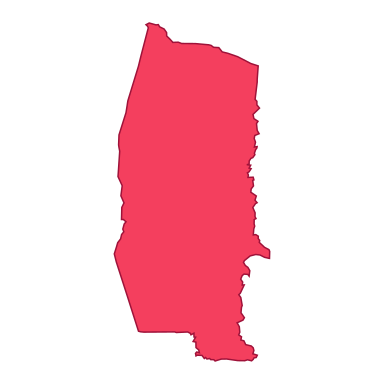 Lares, Puerto Rico
{"feature_id": "32010507B37684321987765", "entity_name": "Lares", "entity_type": "district", "adm_level": 2, "iso_a3": "PRI", "parent_name": "Puerto Rico", "parent_adm1": "", "projection": "orthographic", "projection_center": [-66.852, 18.269], "detail": "fine", "context": "isolated", "style": "filled", "palette": "rose", "viewbox_px": 384, "rotation_deg": 0, "n_neighbors": 0, "source": "geoboundaries", "source_scale": "gbopen_adm2", "svg_char_len": 2452}
<svg xmlns="http://www.w3.org/2000/svg" viewBox="0 0 384 384"><path d="M255.1,99.4L257.2,82.0L257.2,79.5L258.2,65.9L250.8,63.5L237.7,56.7L227.9,53.3L222.2,51.9L218.8,47.6L213.6,47.3L211.1,45.4L208.7,44.8L195.4,43.6L181.6,43.5L178.3,42.2L172.7,42.4L172.6,42.1L170.0,39.2L166.7,36.0L166.6,32.6L164.1,29.0L159.6,26.8L158.3,24.6L156.0,24.9L149.2,23.0L146.0,24.7L146.8,25.5L147.5,26.1L148.3,27.8L141.0,55.8L138.4,66.4L127.9,100.7L127.6,102.4L127.1,105.8L126.0,112.7L119.0,134.9L118.6,144.9L119.0,147.6L119.7,151.2L118.5,169.5L118.0,176.6L122.2,185.7L120.9,195.8L124.0,202.9L121.8,207.4L121.5,219.5L123.0,219.5L123.4,219.5L126.0,221.8L124.2,224.0L122.8,229.1L123.8,231.8L121.6,234.5L120.6,238.9L117.7,242.7L116.4,247.2L114.3,253.9L116.3,261.9L127.4,296.3L138.5,331.2L140.6,331.8L143.8,332.1L174.7,331.9L176.3,332.5L182.6,332.2L187.7,332.0L190.3,333.3L191.0,334.8L193.9,333.2L194.0,337.0L195.6,337.2L193.1,341.5L195.9,342.1L196.0,347.6L198.7,349.9L199.4,352.7L196.7,352.0L195.5,353.4L196.0,355.9L197.2,355.2L202.0,355.4L204.3,358.5L205.6,357.5L206.9,359.0L209.7,358.5L210.6,359.6L213.8,359.7L215.1,361.0L221.2,359.1L226.6,359.0L237.8,360.6L244.8,360.7L247.5,359.8L251.6,360.8L253.2,359.4L254.0,357.9L256.2,357.5L257.3,355.2L252.9,353.8L253.9,350.4L253.2,347.8L251.3,346.0L245.7,344.6L243.9,340.8L240.9,340.0L241.5,336.8L238.7,334.9L239.8,332.2L239.3,326.7L237.1,322.8L243.0,320.1L244.4,317.7L241.0,312.8L241.5,307.3L242.2,305.5L240.8,297.5L238.8,294.7L240.3,293.2L244.2,284.9L242.2,285.0L242.7,282.1L240.7,279.2L242.2,275.6L244.0,274.1L247.8,274.4L249.1,276.1L249.8,270.7L247.9,267.4L245.3,265.5L243.5,262.4L244.4,260.6L250.2,255.9L255.8,254.5L260.0,255.0L264.5,257.3L268.9,258.3L269.5,258.4L269.7,251.4L269.0,249.7L264.5,247.3L259.3,242.4L259.7,240.5L258.2,238.5L258.3,236.2L255.8,234.6L253.3,234.9L253.8,228.9L254.7,226.1L254.1,223.9L254.2,219.5L256.0,218.6L255.0,216.6L255.1,212.8L252.8,207.5L255.5,203.6L257.1,202.7L255.0,200.2L256.3,196.0L250.8,192.2L251.2,188.9L253.5,185.9L252.7,180.4L253.9,179.9L253.2,177.2L248.0,177.4L248.4,175.0L247.4,172.8L249.0,171.9L251.1,168.7L249.1,168.1L250.7,165.2L246.8,164.7L249.1,164.1L249.2,161.0L250.9,158.4L252.8,157.6L254.9,154.7L254.4,153.3L255.6,149.7L256.8,148.1L257.1,146.6L254.4,147.0L255.5,142.2L254.2,138.5L254.8,135.5L259.1,133.7L257.2,130.4L256.5,123.6L258.0,121.3L253.9,118.6L253.3,115.6L253.0,114.4L259.5,108.1L256.9,104.9L256.9,101.3L255.1,99.4Z" fill="#f43f5e" stroke="#9f1239" stroke-width="1.5"/></svg>